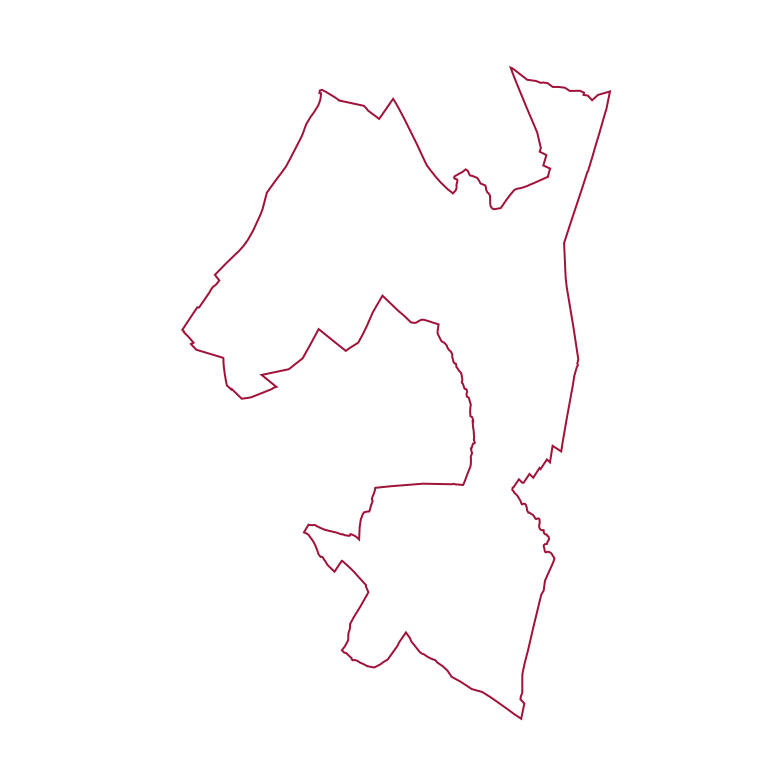 San Jerónimo Tecuanipan, Puebla, Mexico, rotated 184°
{"feature_id": "50627088B48077381885537", "entity_name": "San Jerónimo Tecuanipan", "entity_type": "district", "adm_level": 2, "iso_a3": "MEX", "parent_name": "Mexico", "parent_adm1": "Puebla", "projection": "equal_earth", "projection_center": [-98.397, 19.039], "detail": "fine", "context": "isolated", "style": "outline", "palette": "rose", "viewbox_px": 768, "rotation_deg": 184, "n_neighbors": 0, "source": "geoboundaries", "source_scale": "gbopen_adm2", "svg_char_len": 6153}
<svg xmlns="http://www.w3.org/2000/svg" viewBox="0 0 768 768"><g transform="rotate(184 384 384)"><path d="M201.8,222.0L202.3,222.7L202.6,223.3L203.4,224.0L204.8,226.2L206.0,227.3L206.9,227.7L208.6,228.1L209.7,227.9L210.4,227.5L211.0,227.4L211.6,227.9L212.0,228.6L212.4,230.6L213.4,233.2L213.4,233.8L213.3,234.3L213.0,234.8L212.3,235.4L211.8,235.6L210.4,235.7L210.0,236.6L209.9,238.1L208.6,240.3L208.7,241.7L209.0,242.7L209.5,243.4L210.5,244.0L211.3,245.3L212.6,245.2L213.6,246.0L214.1,246.7L214.6,249.4L215.1,249.4L215.6,249.1L217.1,249.3L218.5,250.5L219.2,252.0L219.3,253.6L219.2,255.7L219.0,256.3L219.0,257.0L219.5,259.8L220.0,260.5L221.3,260.6L222.7,259.9L223.0,259.9L224.0,260.7L224.8,262.2L226.0,263.4L226.4,264.0L227.3,264.3L230.2,265.9L231.0,265.7L231.7,266.9L232.3,267.5L232.8,269.7L233.1,271.2L233.8,272.3L233.9,272.9L234.2,273.6L235.2,274.3L236.2,274.4L237.4,273.7L238.0,273.6L238.7,274.5L239.1,275.8L239.9,277.3L243.2,281.9L245.3,283.7L246.6,284.7L246.9,285.6L248.4,287.0L248.7,287.8L248.4,289.0L248.4,289.7L247.6,290.0L242.8,298.3L239.2,295.2L237.9,295.2L232.6,304.4L228.6,300.9L223.0,311.1L221.9,310.0L216.2,320.1L213.0,317.4L211.5,334.1L202.5,329.1L201.8,337.6L201.0,345.7L199.2,363.2L196.9,383.7L196.2,390.3L196.0,391.1L194.7,405.5L192.8,414.5L192.2,415.4L191.9,416.3L192.6,417.8L191.9,422.2L198.8,453.0L208.5,493.5L210.2,502.7L214.2,537.1L209.2,557.3L199.8,593.9L196.0,609.4L195.1,611.0L194.9,612.5L192.5,622.9L189.1,638.6L186.9,648.1L182.6,668.4L181.3,674.0L179.0,691.6L190.7,687.3L196.2,681.6L200.8,685.9L205.1,686.3L204.8,688.6L209.0,690.2L219.1,689.3L224.3,692.2L231.1,692.5L236.4,692.1L241.7,695.5L246.5,695.9L248.5,695.3L253.6,696.9L262.4,697.5L277.5,707.6L279.7,708.4L275.9,699.9L269.4,686.6L259.5,666.7L248.8,645.8L244.0,630.4L244.9,626.6L238.0,623.7L240.3,613.1L233.3,610.5L234.9,602.9L234.8,602.2L248.4,594.9L252.9,592.7L254.7,591.6L258.7,589.9L261.1,589.0L263.6,588.4L265.4,587.8L267.4,586.8L270.8,582.2L274.8,576.1L279.8,567.6L286.5,566.0L288.3,566.7L289.9,568.5L290.6,571.1L291.3,578.9L292.6,581.2L294.5,582.6L295.7,585.2L296.2,587.7L297.0,589.2L301.7,590.8L303.4,593.6L305.4,596.1L310.5,597.8L312.3,597.9L313.2,598.6L315.4,602.6L317.5,603.8L320.6,600.9L323.4,599.3L325.8,597.5L327.7,596.4L328.5,595.1L328.0,593.9L326.9,593.5L325.8,593.3L325.0,592.6L325.0,590.9L325.6,588.2L325.3,584.6L326.0,582.1L328.6,578.9L330.2,580.2L333.6,582.4L341.5,589.0L347.0,594.4L349.1,596.8L352.0,599.9L356.5,605.1L358.4,608.3L367.8,625.3L382.1,649.7L388.2,659.5L392.2,665.6L394.8,669.1L407.3,648.1L419.1,655.7L419.3,656.0L420.5,657.4L423.5,660.1L448.6,663.7L448.5,664.0L449.1,664.2L452.7,666.4L462.2,671.3L466.4,673.1L468.5,672.3L468.7,669.7L467.1,669.6L467.1,666.6L467.3,663.9L468.1,660.2L469.2,656.9L473.2,649.5L476.0,645.1L478.3,640.6L479.9,637.2L482.5,628.0L484.0,623.8L494.0,600.6L497.0,594.0L501.1,587.4L505.4,580.9L514.2,566.7L517.4,549.7L519.5,543.1L525.2,528.1L529.8,518.4L533.8,511.9L537.2,507.5L550.4,492.8L560.3,481.1L555.5,475.8L557.4,473.0L558.8,471.1L561.2,469.1L562.1,467.9L563.3,465.8L564.5,463.2L573.4,448.1L573.8,447.4L574.6,447.3L575.6,447.5L589.0,423.9L587.3,422.6L587.5,422.0L581.8,416.9L576.9,411.9L579.4,410.4L573.7,405.1L546.3,398.9L546.0,398.5L545.6,393.9L545.0,390.1L543.7,383.5L541.5,374.5L540.6,371.6L535.9,367.8L535.6,368.4L524.9,359.4L517.7,360.9L515.3,361.6L495.8,371.0L493.5,372.7L491.1,373.6L506.7,384.5L480.0,392.1L466.9,404.0L459.7,419.4L453.0,434.2L424.5,414.4L420.2,417.9L412.6,423.4L408.9,431.5L404.9,441.3L400.2,454.7L391.7,472.0L375.1,458.2L368.2,453.1L361.4,447.3L357.7,447.1L356.3,447.4L352.2,450.2L350.0,450.9L348.1,450.7L346.0,450.3L341.8,449.3L340.9,449.0L333.7,447.3L334.2,441.3L334.2,439.3L333.8,437.8L333.1,436.4L330.7,432.4L330.0,431.2L328.5,429.9L327.0,429.6L325.9,428.6L324.0,426.7L323.6,425.4L321.8,422.7L319.7,421.1L318.7,419.7L317.9,418.2L317.8,415.6L317.3,414.3L316.2,410.8L315.0,409.5L313.9,409.4L313.4,408.5L313.0,406.1L311.9,404.9L309.8,402.2L307.7,400.2L306.1,393.8L306.4,392.0L306.5,390.8L305.2,389.5L303.4,385.0L302.6,384.7L301.5,384.5L300.6,382.6L300.7,381.1L301.0,380.0L300.8,378.6L300.5,377.3L298.4,376.1L295.9,369.2L296.2,367.5L296.2,362.9L295.7,358.9L295.4,357.8L293.7,357.0L292.6,354.3L292.4,352.9L293.0,353.0L292.9,352.1L291.9,346.1L291.1,342.7L290.9,340.4L290.3,337.4L290.5,334.7L289.3,331.8L289.6,331.1L291.1,330.7L292.1,326.3L292.8,326.0L292.9,325.5L292.2,324.1L292.2,323.3L292.0,322.5L291.3,321.6L291.5,320.5L292.3,317.9L292.4,317.0L292.1,316.1L292.0,313.6L291.8,311.8L291.9,308.3L295.1,298.0L296.6,292.8L298.0,288.8L306.0,288.9L307.4,289.2L309.6,288.7L337.9,287.3L370.0,282.5L385.5,279.8L385.7,277.3L386.4,274.3L387.6,270.7L388.1,268.7L387.9,267.7L387.2,267.0L387.2,266.4L387.5,265.2L388.5,261.8L389.3,257.5L389.8,255.8L391.3,255.7L394.8,254.7L395.7,253.5L396.8,250.7L397.0,249.4L397.7,247.3L398.3,239.1L398.0,227.2L400.4,229.2L402.8,230.6L405.0,231.4L407.0,231.9L407.4,231.3L407.5,230.4L408.3,230.1L409.3,230.1L410.1,230.4L412.1,230.3L415.1,231.3L415.9,231.0L420.7,232.4L432.7,234.4L437.7,236.1L441.5,237.7L443.3,238.6L445.2,238.2L448.3,238.1L449.5,238.4L453.5,230.4L450.6,229.4L448.9,228.4L443.9,222.4L442.3,220.0L440.8,217.3L438.9,213.2L437.3,209.4L435.2,207.1L434.6,207.4L433.7,207.2L432.8,206.6L431.4,204.4L430.2,203.2L427.8,199.6L420.3,193.3L413.8,204.7L412.7,204.2L404.1,197.4L400.5,194.2L395.7,189.5L387.9,182.1L387.9,180.7L385.0,175.1L392.3,159.9L397.9,149.2L401.1,142.2L400.9,139.0L401.0,137.3L402.0,133.2L402.1,130.5L401.9,128.8L401.9,125.9L404.9,119.2L407.5,115.5L405.0,113.3L403.0,113.0L397.1,108.1L396.9,106.9L395.9,106.2L394.8,106.5L393.4,106.5L391.8,106.2L388.2,104.3L385.5,103.4L380.6,101.2L379.2,101.2L376.3,100.7L373.8,100.6L367.9,104.2L364.9,106.8L361.1,109.4L352.3,123.7L351.1,126.9L344.8,137.7L340.2,132.1L338.9,129.2L329.8,119.3L327.9,117.9L325.0,117.0L323.2,115.8L320.6,114.5L317.3,113.1L313.5,112.1L311.7,110.1L305.5,106.4L300.7,102.5L296.1,96.6L286.5,92.2L275.2,85.8L264.6,83.6L255.5,78.8L237.7,68.0L231.8,64.2L223.8,59.6L221.7,75.0L225.9,78.9L225.7,82.0L224.5,85.6L225.4,98.4L225.7,104.4L224.2,115.3L221.7,128.7L217.8,153.3L212.4,184.9L210.3,189.1L209.7,199.0L202.6,218.3L201.8,222.0Z" fill="none" stroke="#9f1239" stroke-width="2"/></g></svg>